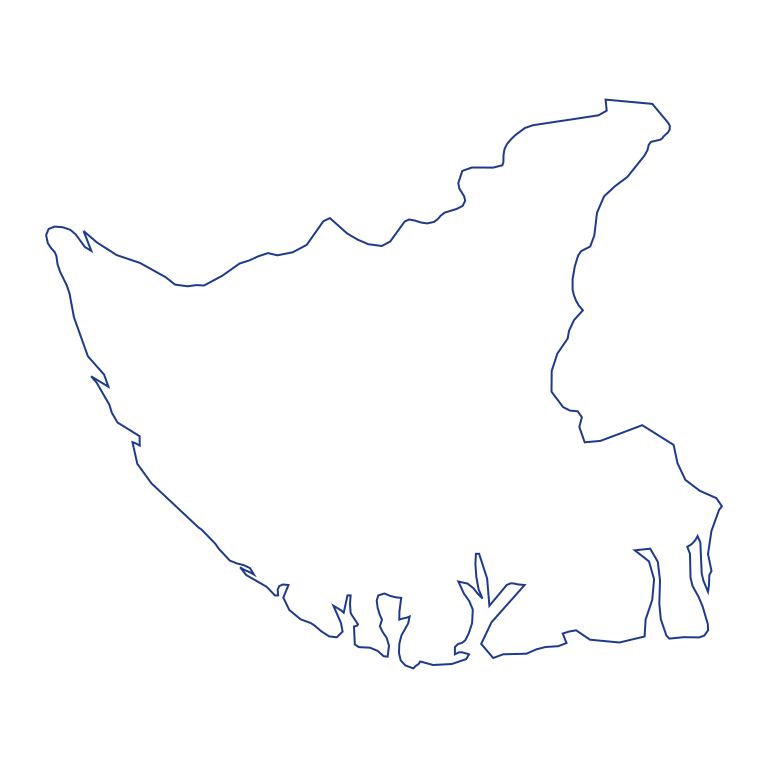 Bayelsa, orthographic projection
{"feature_id": "NGA-2845", "entity_name": "Bayelsa", "entity_type": "State", "adm_level": 1, "iso_a3": "NGA", "parent_name": "Nigeria", "parent_adm1": "", "projection": "orthographic", "projection_center": [6.155, 4.833], "detail": "fine", "context": "isolated", "style": "outline", "palette": "blue", "viewbox_px": 768, "rotation_deg": 0, "n_neighbors": 0, "source": "natural_earth", "source_scale": "10m", "svg_char_len": 3644}
<svg xmlns="http://www.w3.org/2000/svg" viewBox="0 0 768 768"><path d="M721.9,506.3L719.1,509.8L711.4,531.1L708.0,554.1L711.5,571.0L709.3,575.2L709.0,585.2L708.0,591.8L703.3,580.4L701.7,573.4L700.3,542.3L697.6,536.1L695.7,539.5L693.4,542.4L690.7,544.8L687.3,546.8L690.0,554.0L690.5,577.6L692.5,585.9L698.6,596.9L702.7,606.7L707.8,624.2L708.1,630.2L704.3,635.6L699.2,637.4L683.6,637.2L669.3,638.6L666.4,635.6L660.8,619.2L659.3,603.5L660.0,580.4L657.8,561.8L650.2,548.7L634.8,550.3L649.0,561.4L654.1,579.3L652.2,600.0L645.6,619.6L644.6,636.5L619.4,642.5L590.0,639.7L576.1,630.3L569.3,631.5L562.7,633.5L566.5,643.0L558.2,646.2L545.5,647.0L536.2,649.4L526.5,653.7L503.2,654.3L493.2,658.0L481.2,643.9L491.5,622.3L524.6,585.0L518.0,584.4L513.9,583.5L510.8,583.3L506.7,585.0L489.4,605.8L487.1,578.4L479.1,553.8L475.9,553.8L475.4,563.9L476.3,576.8L478.6,589.4L482.5,598.5L477.6,593.6L473.3,588.1L467.6,583.6L458.4,581.5L463.8,593.4L469.3,601.2L472.8,609.6L472.1,623.1L468.9,633.0L465.2,640.4L462.1,642.8L457.9,644.1L454.9,647.1L454.9,654.3L459.0,652.3L462.2,652.3L469.0,654.3L466.2,659.1L451.8,664.0L433.1,665.0L420.3,661.5L418.6,664.0L415.3,666.3L413.4,668.4L405.3,665.4L400.7,660.3L399.0,653.1L399.3,643.9L401.4,635.5L408.2,623.4L409.6,616.5L407.3,617.5L401.7,618.8L399.3,619.6L399.4,611.6L401.2,597.9L395.7,597.3L390.4,596.0L384.4,593.5L378.3,595.4L376.7,600.6L377.7,608.0L379.9,615.2L382.0,619.6L379.9,626.3L382.6,631.9L386.7,637.9L389.0,645.8L387.6,656.7L383.6,656.2L377.7,650.9L370.0,647.7L358.8,647.1L354.8,644.5L354.0,626.5L357.1,625.7L358.0,624.3L351.4,614.4L350.6,612.7L350.0,604.1L350.6,595.4L347.5,595.4L343.7,612.7L341.2,610.4L333.4,605.7L341.0,623.1L342.6,631.6L336.8,637.3L329.2,636.4L321.4,631.4L314.9,625.8L310.9,623.1L300.6,619.3L289.3,610.0L283.3,597.6L288.5,585.0L282.8,584.5L279.2,586.1L277.7,589.7L278.1,595.4L274.9,595.4L266.7,586.8L246.3,575.1L240.1,567.3L243.6,569.5L250.3,572.5L253.9,574.5L250.0,568.1L243.9,565.2L236.8,563.4L229.8,560.6L218.9,548.9L215.1,543.5L201.6,529.6L198.4,527.4L151.5,483.4L137.3,463.8L132.5,442.2L134.6,442.9L136.2,443.6L139.7,445.6L139.6,436.2L117.5,422.5L111.8,412.7L109.3,404.6L96.6,382.6L91.1,376.3L108.4,386.7L104.1,374.6L87.9,356.3L73.9,317.1L69.5,293.3L66.8,285.5L60.3,272.2L57.6,264.6L56.4,256.1L54.8,252.2L51.2,248.3L47.8,243.1L46.1,235.1L48.6,229.0L54.6,226.6L62.5,227.2L70.3,229.8L75.7,234.4L84.9,247.0L91.3,250.9L83.6,231.0L97.0,242.5L116.7,255.1L139.9,262.9L165.5,277.1L175.1,284.6L187.5,286.3L196.3,285.1L204.0,285.5L222.5,275.6L239.6,263.5L249.1,260.5L258.3,256.3L268.0,253.1L277.4,255.3L292.7,252.3L306.7,244.9L323.4,221.2L329.9,218.1L347.2,233.5L357.8,239.7L368.3,244.2L381.8,246.0L390.2,241.5L404.7,221.5L409.1,219.5L415.0,220.6L421.4,222.6L427.3,223.4L434.0,221.9L437.7,219.2L440.5,215.9L444.5,212.7L456.8,208.9L462.7,205.8L465.2,200.7L464.1,196.2L459.4,188.7L458.3,183.1L462.3,170.9L471.8,167.5L493.2,167.6L502.3,165.3L503.4,162.4L503.5,155.2L504.5,149.1L507.1,143.9L511.0,139.3L515.6,134.9L524.9,128.0L533.1,125.2L598.5,115.3L606.7,110.6L605.6,99.6L652.3,103.9L666.9,121.3L668.5,123.4L669.8,125.9L669.7,129.4L668.2,132.2L663.5,136.5L662.5,138.1L660.3,139.7L650.9,141.9L648.7,144.9L647.4,150.4L644.3,155.8L627.4,176.9L615.1,186.1L604.1,196.3L597.0,212.7L594.3,235.6L590.2,246.5L581.2,251.1L578.1,255.6L574.8,266.4L572.6,279.1L572.6,289.5L573.9,295.1L576.0,300.6L578.9,305.7L582.9,310.3L574.0,320.1L569.0,330.9L567.7,338.5L557.3,353.7L551.7,371.0L551.5,391.7L563.1,407.1L570.0,410.6L577.7,411.3L581.9,417.3L579.3,426.9L584.7,442.3L600.4,440.9L642.2,425.2L673.6,444.9L677.5,463.2L685.4,479.9L699.8,490.8L716.4,498.2L721.9,506.3Z" fill="none" stroke="#1e3a8a" stroke-width="2"/></svg>